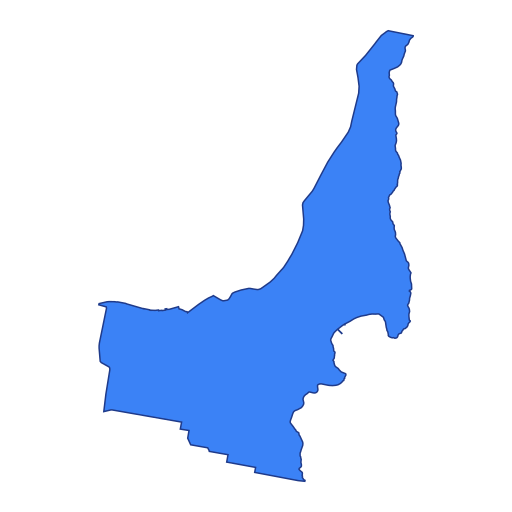 Waverley, New South Wales, Australia (Albers equal-area conic projection)
{"feature_id": "25037944B61039645174942", "entity_name": "Waverley", "entity_type": "district", "adm_level": 2, "iso_a3": "AUS", "parent_name": "Australia", "parent_adm1": "New South Wales", "projection": "albers", "projection_center": [151.276, -33.884], "detail": "fine", "context": "isolated", "style": "filled", "palette": "blue", "viewbox_px": 512, "rotation_deg": 0, "n_neighbors": 0, "source": "geoboundaries", "source_scale": "gbopen_adm2", "svg_char_len": 6043}
<svg xmlns="http://www.w3.org/2000/svg" viewBox="0 0 512 512"><path d="M305.0,480.4L304.6,480.3L303.4,479.2L303.0,478.4L302.5,477.8L302.3,477.1L302.5,476.1L302.1,475.3L302.3,474.5L302.4,473.7L302.3,472.7L302.1,472.3L299.9,470.4L299.0,469.3L299.2,468.4L300.9,467.0L301.4,466.1L301.4,464.7L300.9,462.4L301.2,459.2L300.8,458.3L300.7,456.9L300.1,455.9L300.1,454.0L300.1,453.1L300.6,451.8L301.1,450.0L302.3,446.6L302.7,445.5L302.9,443.7L302.7,442.1L299.9,436.0L299.1,435.0L299.0,434.1L298.7,432.7L296.6,431.5L296.3,431.2L295.5,429.6L294.8,429.0L293.5,427.0L290.5,423.1L290.2,422.3L290.2,421.4L290.7,419.7L291.7,417.0L292.6,414.1L293.3,412.4L293.8,411.6L294.6,410.9L295.3,410.5L297.7,409.6L301.4,407.6L302.7,406.0L303.6,404.3L303.8,402.9L303.0,399.2L303.4,397.5L304.1,396.2L305.5,394.7L307.2,393.6L308.8,392.1L309.2,392.0L310.2,392.1L312.9,392.8L314.3,393.0L315.6,392.8L316.7,392.2L317.4,391.3L317.8,390.5L317.9,389.3L317.6,387.2L317.5,385.7L317.6,385.2L318.1,384.6L319.7,383.9L321.5,383.9L326.9,385.0L329.1,385.4L332.5,385.6L335.7,385.3L337.9,384.8L340.0,383.7L341.3,382.7L342.1,381.9L342.7,381.0L343.6,380.6L343.9,380.1L344.0,378.9L344.7,378.3L344.7,377.8L344.6,377.4L345.8,375.3L345.9,374.6L345.7,373.8L345.4,373.6L341.2,371.9L339.3,370.0L338.2,368.5L336.2,367.1L335.4,366.5L334.7,365.4L334.0,362.8L333.9,361.5L333.0,360.4L333.3,359.5L334.0,358.6L334.2,358.1L334.4,356.8L334.4,355.9L334.6,355.3L334.6,353.8L334.9,353.3L335.0,352.5L334.8,351.9L333.9,351.1L333.7,350.5L333.6,348.6L333.1,346.8L333.0,345.5L331.7,343.4L330.7,340.3L330.7,339.8L331.0,338.6L332.0,336.8L333.7,333.2L335.1,331.6L337.5,329.3L341.7,333.5L341.9,333.3L337.9,329.4L338.4,328.9L338.3,328.7L342.2,325.7L344.4,324.2L345.3,325.4L344.6,324.1L350.0,321.3L353.8,318.9L356.8,317.5L361.0,316.1L366.6,315.1L369.0,314.4L372.1,314.0L375.4,314.1L378.2,313.9L379.1,314.1L383.3,317.2L383.5,317.5L384.2,319.8L385.4,321.6L386.3,327.5L386.8,329.1L386.9,330.1L387.0,330.5L387.8,331.8L388.3,334.5L388.3,335.6L388.7,336.2L390.3,337.2L391.4,337.6L392.3,337.8L393.4,337.6L394.7,338.2L395.9,338.1L396.8,337.7L397.3,337.2L397.7,336.5L398.1,335.0L398.7,334.1L399.3,333.7L401.3,333.0L401.6,332.4L401.9,331.2L402.7,330.5L403.0,329.8L403.6,329.0L404.0,328.8L404.7,328.7L405.2,328.5L406.9,327.1L407.4,326.4L407.8,325.6L408.2,323.8L408.8,322.9L409.8,322.0L410.3,321.1L410.2,320.8L409.6,320.4L409.3,320.0L408.9,316.2L408.9,314.1L409.6,311.5L409.4,309.6L409.0,308.2L408.0,306.5L407.6,305.3L407.8,304.5L408.7,303.3L408.9,302.6L409.5,300.2L409.6,298.2L410.3,295.9L410.8,293.4L410.8,292.9L410.2,291.7L409.3,291.1L409.5,290.3L410.1,290.2L411.3,289.5L411.7,288.9L411.5,284.0L410.6,281.3L410.2,278.0L410.2,276.3L410.5,274.1L411.0,272.9L408.6,269.2L408.3,268.0L408.9,265.2L408.7,263.6L408.5,263.0L407.9,262.2L406.7,261.2L406.3,260.7L404.5,253.9L402.9,250.2L402.1,247.6L399.9,243.6L399.8,242.7L398.3,241.2L395.9,238.1L395.6,237.5L395.3,236.6L395.4,235.5L395.6,235.0L395.5,232.7L395.1,231.4L394.3,229.6L394.1,228.0L394.3,225.5L393.0,223.8L392.7,221.9L390.9,219.9L390.4,218.8L390.2,218.0L390.3,216.6L389.8,214.0L390.0,212.6L390.3,211.9L389.7,210.3L389.6,208.9L390.0,208.1L390.1,207.3L389.8,206.8L389.5,205.4L388.3,202.4L388.0,200.8L388.6,199.3L388.7,198.8L388.5,197.4L388.9,196.7L389.8,194.8L390.1,194.7L391.0,194.2L392.6,192.2L393.0,191.3L394.1,190.3L394.5,189.3L396.2,186.9L397.0,186.3L397.4,185.6L397.4,185.1L397.2,184.6L397.5,184.1L397.4,183.5L397.6,182.7L397.6,180.6L397.8,179.3L398.4,177.8L398.4,176.9L399.0,175.6L399.3,174.0L399.8,173.3L399.9,172.5L399.8,171.5L400.4,170.8L400.9,169.4L401.3,169.0L401.3,168.2L401.3,167.3L401.0,165.3L401.1,163.2L400.5,160.1L399.3,157.5L398.5,155.3L397.7,154.3L397.4,153.0L396.2,151.6L395.7,150.8L395.5,149.8L395.5,148.4L395.1,145.7L395.4,144.6L396.1,142.8L396.5,140.8L396.4,138.8L395.9,135.8L395.9,135.0L396.1,134.6L396.9,133.6L396.8,132.8L396.2,131.9L395.8,131.0L395.7,130.4L395.7,129.5L395.9,128.8L396.4,127.9L398.3,125.5L398.6,124.8L398.8,123.9L398.7,123.0L397.3,118.3L395.8,115.8L395.5,114.9L395.4,113.5L395.4,111.0L395.2,108.8L395.3,107.2L396.5,101.9L396.6,99.2L396.9,97.5L397.1,95.5L397.5,94.5L397.5,94.1L396.8,91.9L396.6,91.7L395.8,91.3L395.3,90.6L394.9,89.0L393.5,86.4L393.4,85.4L393.6,83.9L393.3,82.8L392.0,81.3L391.4,80.1L390.2,79.1L389.5,78.3L389.2,77.6L389.0,76.8L389.4,75.2L389.2,73.5L389.2,72.4L389.7,70.5L390.0,70.1L394.5,68.3L397.6,66.9L399.8,65.1L400.9,63.8L401.6,62.2L401.9,60.4L402.4,59.0L403.8,56.0L404.2,54.1L405.4,51.0L405.4,50.1L405.0,48.0L405.2,46.9L405.9,45.8L407.2,44.9L408.0,44.1L408.9,42.2L409.5,40.1L410.9,38.3L412.7,37.0L413.2,36.2L413.2,35.7L388.2,30.7L386.3,31.7L385.5,32.4L381.3,35.5L376.0,42.2L375.0,43.6L365.6,55.4L357.6,63.9L356.9,65.2L356.5,69.4L358.0,77.6L359.1,86.3L358.7,93.1L351.8,121.0L350.6,126.8L348.3,132.1L341.5,142.1L337.3,147.6L334.2,152.0L327.8,162.0L321.1,174.6L314.0,188.4L312.3,191.2L304.4,200.7L303.0,202.7L302.5,205.0L303.7,219.2L303.5,225.4L302.6,230.8L297.7,242.7L291.8,254.4L289.6,258.0L287.8,261.1L283.8,267.2L282.4,268.9L281.6,269.7L276.5,275.4L274.2,278.3L270.1,282.1L260.8,288.7L258.9,289.4L257.5,289.6L253.9,289.1L250.0,288.4L248.7,288.4L241.1,290.0L235.0,292.0L232.7,293.1L231.9,293.9L230.7,296.2L229.1,298.8L227.6,300.1L223.6,300.8L222.5,300.7L220.5,299.8L213.3,295.6L212.5,296.2L208.5,298.0L204.6,300.3L198.6,304.4L187.5,312.8L187.1,311.7L185.4,311.5L182.3,309.8L180.1,309.1L179.1,308.9L178.5,306.7L169.3,309.3L166.8,309.5L166.7,308.7L165.2,308.9L165.4,310.1L162.1,310.6L161.9,310.3L158.6,310.7L158.5,310.0L155.2,310.4L150.6,310.2L150.6,310.3L149.6,310.1L149.6,309.8L143.6,308.6L143.6,308.8L126.7,303.9L125.6,303.4L117.7,301.9L116.7,302.0L114.6,301.7L109.0,301.6L106.9,301.8L99.1,303.6L98.8,304.8L106.3,306.9L106.5,308.3L99.4,343.0L99.1,345.8L99.1,348.2L100.2,361.3L101.3,362.6L109.0,366.9L109.6,367.7L109.8,368.8L109.8,370.0L105.9,394.1L103.8,411.6L111.0,409.9L112.0,409.9L181.6,422.1L180.3,429.1L189.0,430.5L187.7,438.2L190.7,444.8L207.7,447.8L209.3,450.9L209.3,451.4L228.0,454.7L226.7,462.1L255.6,467.4L254.7,472.4L298.1,480.6L304.8,481.3L305.0,480.4Z" fill="#3b82f6" stroke="#1e3a8a" stroke-width="1.5"/></svg>